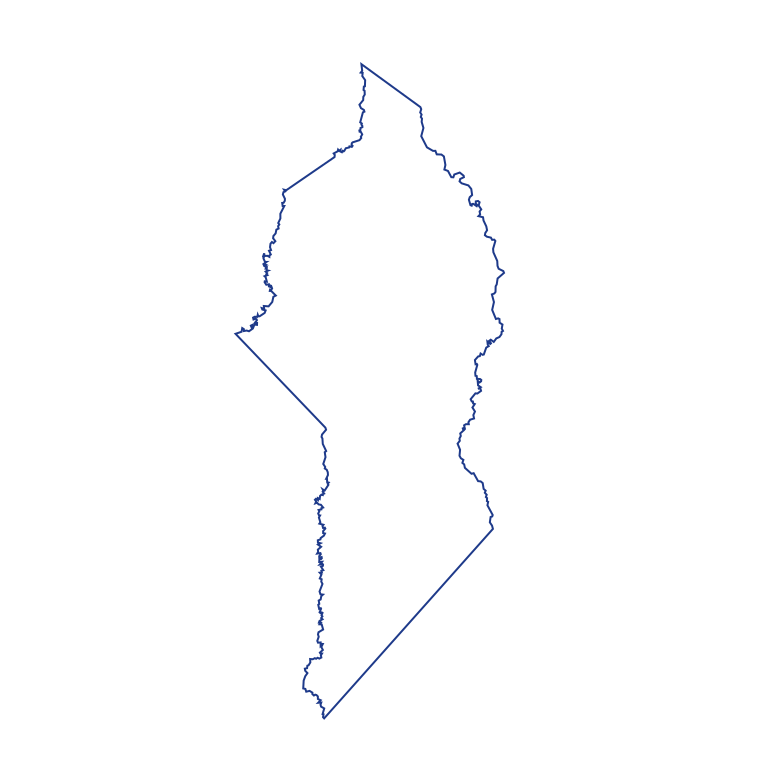 the district of Arauca, Arauca, Colombia, rotated 80°
{"feature_id": "7082276B76814651219930", "entity_name": "Arauca", "entity_type": "district", "adm_level": 2, "iso_a3": "COL", "parent_name": "Colombia", "parent_adm1": "Arauca", "projection": "albers", "projection_center": [-70.53, 6.795], "detail": "fine", "context": "isolated", "style": "outline", "palette": "blue", "viewbox_px": 768, "rotation_deg": 80, "n_neighbors": 0, "source": "geoboundaries", "source_scale": "gbopen_adm2", "svg_char_len": 6153}
<svg xmlns="http://www.w3.org/2000/svg" viewBox="0 0 768 768"><g transform="rotate(80 384 384)"><path d="M702.9,501.0L545.6,301.9L542.2,302.2L538.6,303.8L533.5,302.1L533.2,300.4L531.9,299.7L521.4,303.2L518.1,301.9L517.2,303.0L514.3,302.3L513.0,303.3L510.9,302.1L508.6,303.6L506.7,302.4L504.6,304.1L498.7,304.0L496.7,305.7L496.0,308.2L487.4,311.2L487.6,313.4L480.6,318.9L477.1,319.0L475.3,320.5L472.5,319.0L470.5,321.2L467.8,322.1L462.0,320.5L455.5,321.9L453.1,319.2L450.9,319.2L448.5,317.4L445.9,317.5L443.6,313.8L441.4,314.1L441.2,313.4L442.8,312.7L442.3,312.1L438.6,312.3L437.8,310.3L438.3,307.5L436.3,307.5L434.1,305.4L433.6,301.3L430.1,301.4L426.9,299.2L422.5,301.0L419.5,298.1L418.6,299.6L416.7,299.5L416.4,300.6L414.0,301.3L409.1,295.6L409.6,293.7L407.6,289.6L405.0,289.9L405.0,292.3L403.9,289.3L401.7,291.6L397.0,291.2L399.1,289.6L398.2,287.9L396.9,287.5L395.8,288.5L395.0,291.6L392.3,291.3L391.8,292.5L388.5,292.2L381.4,288.8L380.4,289.1L380.5,290.4L376.2,290.3L373.2,286.5L373.2,284.8L370.8,283.6L372.4,281.8L372.3,280.6L365.9,277.0L364.9,274.3L363.3,275.0L360.1,274.8L363.0,272.4L362.5,271.6L359.7,272.8L358.9,271.2L361.6,268.6L358.6,265.5L357.8,262.2L355.4,259.7L353.0,259.1L352.4,257.6L349.9,258.4L346.0,257.0L343.7,259.5L340.1,259.0L339.2,260.2L339.4,262.5L329.8,264.6L322.4,261.5L314.5,262.2L314.0,259.6L312.7,258.2L307.2,257.1L305.5,255.7L299.8,253.8L295.4,246.5L293.5,246.9L290.4,251.1L287.4,251.7L282.5,251.1L273.3,253.4L269.8,253.1L262.5,249.5L261.0,250.3L260.8,252.5L258.4,253.3L256.8,257.1L255.0,258.8L252.8,258.0L250.5,255.8L246.5,255.9L240.3,257.6L237.0,257.5L235.1,261.8L233.7,259.9L230.7,259.9L228.9,257.9L224.6,259.8L221.6,258.3L220.1,259.6L220.1,261.9L222.1,262.3L223.9,261.0L225.0,261.8L222.1,264.8L222.0,265.9L223.6,266.7L222.9,267.8L217.3,268.4L214.9,267.1L213.2,264.4L207.1,264.2L203.1,266.4L199.9,272.6L197.6,274.4L195.3,273.3L194.2,269.4L192.7,269.4L188.9,272.7L189.9,278.4L192.5,279.8L192.0,281.8L185.3,284.0L183.3,287.3L179.0,285.5L170.3,285.5L168.0,287.6L167.0,292.2L163.3,292.9L162.9,295.3L158.4,300.6L146.4,304.3L138.7,300.7L132.4,301.4L129.3,300.5L127.4,301.4L125.2,300.2L122.9,301.2L119.8,299.6L117.6,300.1L65.1,350.7L71.8,351.1L73.3,352.8L73.9,351.0L77.0,351.9L81.5,349.8L87.5,351.1L87.6,352.2L90.9,353.1L91.9,352.2L95.6,352.7L97.6,354.5L100.8,355.2L104.7,359.7L108.3,358.8L110.6,356.2L112.4,356.0L112.8,357.6L122.2,362.0L123.6,360.6L124.6,361.2L126.1,360.5L127.3,360.7L127.8,362.7L129.8,363.2L130.0,364.2L131.3,364.2L131.5,363.1L134.4,362.1L136.6,363.9L137.8,363.7L139.6,365.8L140.6,373.0L141.3,373.9L142.8,374.4L144.0,373.6L144.9,374.5L144.0,376.8L145.0,377.3L145.2,380.7L147.4,382.5L147.9,383.3L147.2,384.1L148.5,385.2L147.5,386.6L145.7,386.1L146.5,387.7L145.2,388.5L146.8,389.2L148.2,393.5L149.8,392.7L151.9,393.3L176.2,446.6L175.3,448.7L177.2,447.9L177.6,449.7L179.8,450.7L184.4,449.4L186.4,449.9L188.1,451.4L188.0,452.8L191.1,452.9L191.4,451.3L198.3,456.5L203.0,457.3L207.1,460.2L208.7,459.4L210.2,460.9L212.6,460.8L213.3,463.2L216.9,464.6L219.0,467.2L221.2,467.9L224.5,466.2L226.1,468.4L224.7,469.7L226.1,471.4L229.5,472.5L232.5,472.0L232.8,474.1L236.8,473.0L237.5,474.5L238.9,474.8L237.5,476.6L237.2,479.4L234.5,479.3L237.5,481.0L238.1,480.8L237.1,479.8L239.5,480.9L243.2,479.9L243.4,478.6L244.6,481.2L245.8,479.8L245.6,481.8L247.1,481.4L247.6,479.9L249.4,480.4L248.9,479.2L251.7,479.8L252.2,478.5L252.8,481.0L254.5,479.8L255.4,480.8L256.5,479.9L257.1,482.9L258.3,482.0L262.9,481.6L262.2,483.6L263.0,483.9L265.8,482.7L265.8,480.1L267.9,480.4L268.8,478.9L267.4,478.6L267.7,478.1L270.5,477.6L271.7,478.8L271.2,479.8L272.5,480.3L272.8,478.9L278.1,475.2L278.9,477.8L283.8,479.8L287.5,484.2L286.3,488.8L289.1,488.9L288.0,491.2L289.5,490.9L291.0,487.8L293.3,489.2L295.7,494.7L295.4,496.0L293.9,496.3L295.9,497.1L295.3,499.6L295.9,501.4L297.8,501.3L297.4,499.1L298.2,498.2L299.1,498.1L301.2,500.4L301.8,498.4L303.7,498.8L303.0,501.3L305.9,503.1L304.7,504.3L303.0,503.6L303.4,505.0L306.9,504.2L308.6,507.8L307.5,510.0L307.5,512.7L305.6,512.5L304.3,513.9L307.8,515.2L308.8,521.5L416.8,449.3L419.0,449.0L423.0,453.8L425.3,454.7L427.0,454.1L432.4,454.7L440.0,452.6L440.9,454.2L445.9,454.3L452.2,457.7L455.5,456.3L456.9,457.0L458.5,455.3L461.1,454.7L463.9,455.0L467.3,457.4L467.4,456.6L470.8,457.0L471.5,455.6L472.5,456.8L473.7,456.3L478.7,461.0L477.1,462.7L478.6,462.3L479.4,463.1L481.5,462.0L481.9,463.7L482.7,463.7L482.2,465.0L483.1,466.4L486.1,467.3L484.9,468.9L486.8,469.2L485.2,470.9L486.0,472.1L488.0,471.2L489.6,472.3L489.3,470.5L491.2,469.3L492.0,467.1L495.1,465.4L495.4,467.2L496.6,467.4L496.7,470.3L498.1,469.8L500.1,471.3L502.1,470.8L502.4,469.8L504.2,471.3L509.1,470.7L510.3,471.9L512.1,468.1L513.1,469.2L515.2,469.0L515.2,467.2L516.2,466.9L518.3,469.5L520.3,469.8L521.0,468.1L522.9,469.5L524.7,473.1L526.0,473.6L526.4,476.3L528.7,476.6L529.8,474.2L530.7,476.9L533.4,474.2L535.6,477.9L537.9,478.0L539.4,479.3L539.5,476.0L540.6,475.8L542.3,477.7L543.9,477.9L543.6,475.5L544.8,475.5L545.5,476.4L545.1,478.0L548.0,478.7L548.3,475.9L550.6,478.6L550.5,475.8L551.4,475.4L552.5,475.8L552.9,477.8L556.8,476.1L557.0,478.1L558.9,477.9L558.7,480.0L560.8,478.7L564.4,481.0L565.5,479.3L567.7,480.1L570.2,479.3L577.1,483.5L580.0,483.1L580.8,480.7L582.0,482.6L585.2,483.8L585.9,485.9L589.3,485.9L590.0,487.1L594.2,486.9L593.8,485.2L594.4,485.0L597.7,487.1L598.6,486.3L598.1,485.0L598.7,484.3L601.0,485.7L602.1,485.0L603.6,486.5L605.0,485.4L606.1,488.6L607.8,489.6L608.1,488.8L607.3,488.3L608.0,487.4L609.5,489.1L610.0,487.1L615.2,486.6L617.1,491.6L619.1,492.5L621.6,492.2L625.4,494.3L627.3,493.9L627.5,491.3L630.4,491.8L629.1,490.5L629.4,489.4L632.1,491.4L635.3,490.4L637.4,493.8L638.4,493.4L638.7,491.9L640.3,493.3L642.5,493.2L643.2,495.4L642.1,496.9L642.8,498.6L642.0,499.7L642.7,502.0L642.0,504.5L645.4,504.9L647.9,507.1L648.1,508.4L650.5,509.1L650.6,511.4L652.7,511.4L655.4,509.6L658.1,512.3L662.1,514.6L669.8,516.4L670.6,514.4L673.5,514.0L673.3,510.6L675.5,508.1L676.9,508.4L678.6,507.1L678.0,505.7L678.6,504.5L680.2,503.4L682.7,503.8L684.4,501.3L686.5,504.2L686.8,501.1L688.8,502.2L690.8,502.0L693.1,499.2L698.4,501.8L698.8,500.9L701.5,501.9L702.9,501.0Z" fill="none" stroke="#1e3a8a" stroke-width="2"/></g></svg>